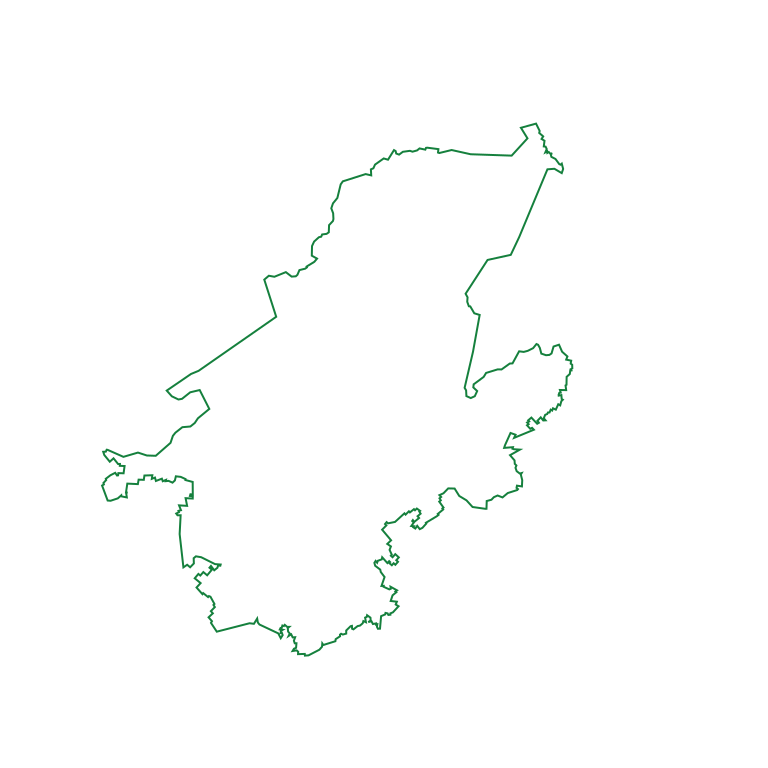 Ixhuatlán de Madero, Veracruz, Mexico (Natural Earth projection), rotated 220°
{"feature_id": "50627088B61499871451932", "entity_name": "Ixhuatlán de Madero", "entity_type": "district", "adm_level": 2, "iso_a3": "MEX", "parent_name": "Mexico", "parent_adm1": "Veracruz", "projection": "natural_earth1", "projection_center": [-98.023, 20.705], "detail": "fine", "context": "isolated", "style": "outline", "palette": "green", "viewbox_px": 768, "rotation_deg": 220, "n_neighbors": 0, "source": "geoboundaries", "source_scale": "gbopen_adm2", "svg_char_len": 6160}
<svg xmlns="http://www.w3.org/2000/svg" viewBox="0 0 768 768"><g transform="rotate(220 384 384)"><path d="M427.4,677.9L434.9,681.2L443.8,668.3L432.0,664.4L433.0,641.0L465.3,615.7L482.6,606.7L490.1,596.5L491.4,596.0L493.3,598.9L502.8,592.8L503.6,591.9L503.0,590.1L508.2,587.3L508.8,584.2L511.5,580.3L514.0,579.3L518.8,574.0L519.9,569.4L522.8,568.4L524.8,569.9L526.7,569.6L525.1,558.4L529.2,556.6L531.9,546.3L530.8,542.4L532.0,540.0L527.9,535.6L533.0,533.0L545.8,512.8L545.5,509.1L539.3,496.5L539.2,489.6L537.3,484.7L532.7,482.1L528.8,477.9L527.9,476.1L528.2,470.4L523.8,464.7L524.5,462.1L527.5,458.8L526.8,456.5L528.2,454.6L529.1,448.2L527.8,443.4L521.8,435.9L515.9,437.0L515.9,432.8L518.8,424.2L518.0,423.8L518.5,421.7L522.0,416.9L520.5,412.0L520.8,409.8L523.8,406.9L531.1,406.6L536.9,395.7L541.8,392.9L542.8,387.0L509.8,366.2L534.5,274.9L538.3,267.6L546.2,239.3L538.6,238.2L531.5,240.0L529.2,242.8L527.1,253.1L521.3,260.9L501.8,252.6L504.5,238.1L503.9,232.5L505.0,227.0L510.7,221.3L512.5,212.6L512.4,208.6L509.7,201.7L512.7,182.3L519.7,176.8L528.4,173.3L536.8,160.7L553.4,155.9L554.2,155.4L553.6,153.4L555.5,151.6L552.6,149.8L544.1,148.2L543.4,153.2L536.3,151.8L534.9,153.0L533.8,151.5L530.0,154.4L526.1,148.2L530.2,145.0L529.0,143.1L529.7,142.3L532.8,143.2L534.9,138.3L536.2,132.5L535.1,131.9L535.3,127.8L534.0,127.0L534.7,125.0L520.8,117.1L518.4,118.8L514.4,125.3L513.7,129.8L513.0,129.1L508.1,131.8L511.5,134.8L510.8,136.1L512.0,135.2L516.6,142.7L508.2,149.1L510.5,153.0L506.4,156.2L508.7,159.9L502.8,165.2L500.9,162.1L499.3,165.1L496.4,163.1L493.3,168.7L491.0,167.3L489.4,170.4L488.8,169.2L486.8,171.3L482.6,172.5L482.2,175.7L484.1,179.5L480.0,182.2L474.9,183.6L474.4,182.8L467.6,186.0L459.5,176.5L461.4,175.1L460.7,173.5L458.4,175.2L456.9,173.3L462.6,169.0L456.5,164.1L463.0,159.3L458.4,156.8L459.9,154.7L458.7,154.0L459.9,151.2L457.8,150.7L455.4,152.7L444.1,137.7L419.8,114.6L418.6,119.0L414.7,119.0L414.3,124.3L417.8,128.2L417.3,131.1L412.7,133.8L397.7,137.4L393.1,140.7L392.6,139.6L394.4,138.4L393.5,136.1L394.3,132.2L399.6,133.4L399.6,131.1L396.5,131.1L396.5,123.8L401.5,123.8L401.6,119.2L404.1,119.2L404.1,113.5L396.5,113.6L396.8,107.6L388.0,106.3L388.1,107.6L381.8,107.7L381.8,109.0L380.2,109.5L372.5,106.5L372.6,105.1L370.2,104.4L370.6,98.7L367.7,98.3L368.4,92.5L363.3,91.7L363.0,89.8L352.9,86.8L333.2,114.3L329.5,116.7L330.4,122.8L327.3,120.2L324.8,119.7L304.7,125.0L299.7,122.9L300.2,126.5L302.4,127.8L303.1,126.8L304.3,128.6L303.6,130.6L306.0,129.0L306.4,130.6L305.5,131.1L306.6,133.7L305.1,134.2L305.2,135.7L302.0,135.7L300.5,137.0L300.8,135.1L298.3,132.7L295.8,132.3L295.1,129.7L294.2,132.6L291.1,131.2L289.3,132.9L288.0,129.4L285.7,128.0L284.4,129.1L281.8,125.4L282.8,123.3L282.4,120.7L279.7,123.8L277.6,123.7L276.2,121.8L271.2,126.3L270.0,125.1L267.4,127.6L262.7,138.9L262.6,142.9L264.5,145.6L262.7,145.1L255.9,155.7L257.0,157.5L255.5,162.5L256.6,163.7L256.3,165.1L254.5,165.6L252.5,168.5L254.5,170.9L253.9,177.0L253.1,178.1L251.1,176.0L249.7,176.4L248.6,181.6L247.1,183.5L246.5,187.0L247.4,189.1L244.7,189.9L248.3,192.9L247.5,194.6L248.3,196.0L244.2,196.3L242.2,194.3L243.0,191.5L241.1,194.2L238.2,193.0L236.2,195.5L235.5,194.6L234.7,195.7L233.4,193.5L231.3,192.6L229.8,194.0L237.0,204.3L235.0,208.2L235.7,209.6L233.8,210.6L232.2,209.9L230.8,211.4L231.7,212.4L230.4,214.8L230.0,223.1L233.3,222.6L234.2,225.5L239.4,222.1L241.6,227.6L240.7,232.4L241.9,232.4L241.4,234.3L248.7,232.9L247.2,231.5L247.9,230.1L254.0,228.4L254.5,229.2L256.1,227.7L259.5,236.5L265.6,237.9L267.6,239.4L273.9,239.1L276.4,240.8L276.7,243.1L274.4,242.7L275.1,244.6L273.0,248.2L274.0,250.1L266.3,249.0L266.2,251.6L264.9,251.5L265.1,250.2L261.5,250.2L261.4,252.9L259.1,252.8L259.0,256.8L261.3,256.9L261.2,260.7L266.0,260.9L266.1,256.8L268.4,256.9L268.4,258.3L273.1,260.5L274.3,264.0L278.7,263.6L278.1,268.8L291.8,271.2L291.3,277.2L293.2,277.4L293.2,279.9L291.4,279.8L286.9,285.4L285.2,298.1L283.5,297.8L283.1,302.5L281.6,302.3L280.6,307.4L279.1,307.2L278.8,309.7L274.8,310.0L275.0,309.0L272.6,308.2L273.3,304.3L271.0,303.9L272.2,297.7L274.4,298.3L274.3,297.2L272.1,297.0L271.8,292.8L269.6,294.3L269.5,293.1L267.1,293.4L267.4,296.7L263.3,295.8L262.1,298.5L261.9,304.3L262.7,304.6L258.5,316.8L258.1,318.8L259.3,319.0L258.0,325.9L259.3,326.2L259.0,327.6L266.1,329.4L265.7,331.4L268.0,332.1L267.6,334.2L270.1,334.5L268.2,338.5L267.7,345.3L262.7,349.3L254.4,346.6L246.0,347.9L237.1,346.7L226.2,353.5L225.3,354.3L230.1,360.4L227.3,364.4L227.1,367.9L225.3,371.6L220.3,373.3L219.1,380.0L213.8,388.4L213.8,389.6L215.7,389.6L216.8,391.6L212.5,394.2L216.3,399.2L221.0,402.6L221.3,404.3L222.4,402.7L226.3,402.5L229.4,404.3L230.2,406.7L232.5,406.9L234.9,409.4L241.7,410.5L237.7,421.1L242.6,417.5L244.0,417.0L244.6,418.5L250.9,412.3L251.9,414.7L255.6,427.8L250.6,429.7L249.7,426.4L239.8,445.3L242.4,445.6L243.2,443.7L247.9,444.3L247.4,446.2L249.6,446.5L248.7,448.6L250.2,448.8L249.5,453.0L241.1,452.0L240.4,453.9L242.8,454.4L242.5,459.2L238.6,458.4L236.9,460.0L239.6,460.5L240.7,464.0L239.7,465.9L240.1,467.6L238.9,468.6L239.8,471.5L238.1,471.8L238.9,474.0L235.9,474.8L237.5,480.5L235.3,480.9L237.1,484.8L236.9,486.9L238.2,486.7L241.0,489.5L242.7,487.4L243.3,488.0L244.0,489.9L243.1,491.0L245.4,492.5L240.5,496.4L244.0,499.6L243.7,500.7L248.7,506.9L248.1,511.1L249.9,513.9L249.2,514.8L250.5,515.2L249.8,517.0L252.2,519.7L254.1,519.6L255.6,522.2L260.1,519.8L261.2,523.0L268.3,523.2L275.2,526.6L278.2,521.7L275.3,515.1L276.0,512.6L278.4,510.2L283.0,508.4L287.8,511.8L291.2,513.1L292.9,512.6L292.8,507.3L295.2,501.8L297.6,498.4L301.5,495.9L298.8,482.4L300.8,480.5L303.3,470.7L306.3,468.3L312.9,458.1L312.2,453.5L315.1,441.4L313.4,438.8L308.1,438.5L306.6,433.0L308.5,429.0L313.1,427.7L317.0,431.9L319.8,432.9L336.6,466.0L355.1,498.4L360.3,496.2L367.8,498.9L369.0,498.1L373.1,500.5L375.7,504.1L379.5,505.6L384.4,545.6L369.9,564.4L374.9,583.5L396.8,653.5L391.8,658.4L383.4,659.8L385.0,663.9L389.5,667.1L389.7,665.5L391.1,665.1L397.3,666.6L401.8,665.6L404.0,667.2L403.4,668.9L404.5,667.3L406.9,667.6L407.4,666.0L408.6,667.1L409.3,665.2L410.4,668.6L412.8,669.7L414.3,668.7L417.4,673.5L420.8,673.0L421.2,676.0L426.5,676.1L427.4,677.9Z" fill="none" stroke="#15803d" stroke-width="2"/></g></svg>